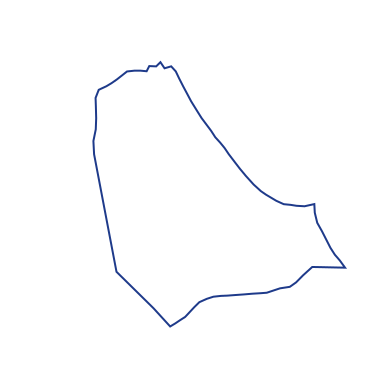 outline of Baía da Traição, Paraíba, Brazil, rotated 333°
{"feature_id": "56859067B41140077622379", "entity_name": "Baía da Traição", "entity_type": "district", "adm_level": 2, "iso_a3": "BRA", "parent_name": "Brazil", "parent_adm1": "Paraíba", "projection": "natural_earth1", "projection_center": [-34.974, -6.659], "detail": "fine", "context": "isolated", "style": "outline", "palette": "blue", "viewbox_px": 384, "rotation_deg": 333, "n_neighbors": 0, "source": "geoboundaries", "source_scale": "gbopen_adm2", "svg_char_len": 1091}
<svg xmlns="http://www.w3.org/2000/svg" viewBox="0 0 384 384"><g transform="rotate(333 192 192)"><path d="M230.5,70.6L223.7,69.3L222.8,62.0L217.1,63.8L211.1,60.4L206.4,63.8L201.0,60.4L195.9,57.8L188.8,55.1L181.8,56.5L176.2,57.6L169.6,58.5L163.7,58.9L155.3,58.6L148.8,64.4L145.2,72.1L140.1,82.8L134.7,92.5L127.3,101.8L121.9,113.9L88.5,228.8L104.9,278.0L111.5,301.9L117.4,301.5L123.1,300.8L129.2,300.2L135.3,298.0L141.6,295.7L148.5,293.5L156.6,293.9L163.5,295.0L170.6,297.7L176.5,300.4L183.9,303.5L191.7,306.8L199.8,310.1L206.9,313.2L212.9,315.7L219.5,316.7L226.7,317.8L236.1,320.9L243.7,319.8L253.0,316.7L265.1,313.4L272.6,317.4L294.0,328.9L292.6,320.0L290.8,312.7L290.0,304.6L290.0,297.5L290.0,286.0L289.6,276.3L292.0,266.2L295.5,258.3L285.8,255.8L278.8,251.7L274.0,248.2L268.2,244.5L263.1,238.1L256.8,228.1L253.8,222.6L250.3,213.3L247.3,202.2L245.2,192.9L243.9,185.9L241.9,174.9L241.0,167.6L239.5,160.7L237.6,153.8L236.8,146.1L235.5,138.6L234.1,130.5L233.4,122.7L232.4,110.8L232.3,103.9L232.1,94.0L232.1,84.9L232.3,77.2L230.5,70.6Z" fill="none" stroke="#1e3a8a" stroke-width="2"/></g></svg>